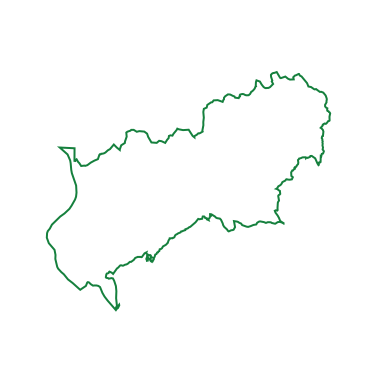 outline of Branisca, Hunedoara, Romania, rotated 78°
{"feature_id": "2599482B69726468396630", "entity_name": "Branisca", "entity_type": "district", "adm_level": 2, "iso_a3": "ROU", "parent_name": "Romania", "parent_adm1": "Hunedoara", "projection": "equal_earth", "projection_center": [22.77, 45.979], "detail": "fine", "context": "isolated", "style": "outline", "palette": "green", "viewbox_px": 384, "rotation_deg": 78, "n_neighbors": 0, "source": "geoboundaries", "source_scale": "gbopen_adm2", "svg_char_len": 5992}
<svg xmlns="http://www.w3.org/2000/svg" viewBox="0 0 384 384"><g transform="rotate(78 192 192)"><path d="M264.4,321.7L261.8,315.3L258.8,313.3L258.5,312.6L259.0,311.6L261.1,310.2L263.0,308.3L263.1,306.9L263.6,304.8L264.4,303.1L265.9,301.7L272.1,300.6L276.1,299.3L280.7,297.1L291.7,291.0L290.5,289.7L290.1,288.6L287.7,286.7L287.1,286.7L288.9,288.7L289.6,290.2L289.3,290.4L287.7,289.1L280.1,288.3L273.3,286.6L268.2,286.0L262.7,286.6L260.1,287.3L259.5,288.7L259.5,291.4L258.9,291.9L258.1,293.7L257.4,294.0L254.7,292.9L254.0,292.1L254.1,291.3L253.8,290.3L252.9,289.7L252.7,289.3L254.3,287.2L255.7,286.2L251.2,281.3L250.6,279.9L249.0,277.7L248.9,276.7L249.7,275.0L249.7,274.4L249.2,272.7L249.2,271.0L248.7,269.5L247.6,267.7L247.4,267.1L247.7,266.2L247.2,265.0L246.2,262.9L244.8,261.4L244.5,260.3L244.2,258.4L244.6,257.2L244.6,256.3L245.2,255.2L245.2,254.6L242.1,251.1L241.6,249.2L242.4,249.7L244.0,248.2L245.0,249.2L245.6,249.2L248.0,250.6L248.5,250.3L249.9,250.4L249.9,249.5L249.0,249.4L248.3,248.7L247.6,248.7L247.8,249.2L247.2,249.2L246.4,248.7L244.9,248.6L244.7,248.1L245.0,246.0L245.6,245.5L246.4,245.9L246.8,245.6L247.8,244.5L248.0,245.0L247.7,246.2L248.8,247.4L250.0,247.0L249.9,246.5L250.1,246.3L250.5,246.8L251.1,246.5L251.0,246.1L251.3,246.4L251.7,246.0L251.0,245.3L250.6,244.4L251.0,244.4L249.6,243.2L248.7,243.1L247.6,242.0L245.6,241.0L245.3,239.7L244.0,238.7L244.0,237.8L243.3,237.4L243.0,236.3L241.3,235.5L241.3,234.4L240.8,233.1L239.2,231.7L238.3,228.7L237.6,227.5L237.0,226.9L236.8,226.3L234.5,225.0L233.5,223.9L232.7,223.5L233.0,222.8L232.8,222.1L233.2,220.8L232.9,220.3L233.0,219.8L232.6,218.7L230.9,217.5L230.2,216.1L230.1,215.3L229.6,214.3L229.1,211.6L228.3,210.8L228.4,209.4L228.1,208.8L227.9,206.5L227.1,206.3L226.7,203.7L225.9,202.2L225.7,200.9L222.4,194.9L219.6,191.5L220.2,190.4L220.3,187.6L218.2,186.6L218.4,185.3L219.0,184.8L220.2,184.5L220.7,183.0L221.2,182.8L221.9,183.1L223.0,181.6L222.1,181.7L221.0,180.2L220.2,179.8L219.2,178.2L218.3,179.2L217.4,178.9L217.9,177.6L220.8,174.6L221.9,174.0L222.8,172.9L223.8,170.3L225.2,169.4L229.1,168.5L230.9,168.4L232.7,167.8L236.1,165.4L237.2,165.1L238.1,164.4L238.1,163.7L237.6,161.8L237.7,159.9L237.5,159.1L235.3,157.2L229.2,157.0L230.3,154.1L230.9,153.1L231.9,152.2L233.1,150.5L234.8,149.8L237.2,145.9L237.8,144.4L237.6,141.9L237.0,138.7L237.1,135.9L235.6,134.6L234.9,132.6L234.9,131.5L236.4,127.9L237.6,126.1L237.3,124.0L238.0,121.2L238.8,120.5L240.2,117.6L240.3,117.0L239.3,114.5L239.5,112.2L240.7,110.2L241.8,109.0L241.5,108.9L239.2,111.3L238.4,111.8L235.5,112.3L232.9,113.1L229.6,114.6L227.6,114.9L227.3,113.7L227.9,112.5L227.5,112.0L225.5,111.7L220.4,110.3L219.7,109.9L218.5,108.7L213.8,108.5L213.1,107.9L212.7,106.7L212.2,106.1L209.2,105.8L208.2,107.0L207.1,107.6L206.4,108.9L206.1,108.0L204.4,106.4L203.6,104.0L202.7,102.8L201.1,101.5L200.2,98.3L199.3,97.4L199.2,96.6L199.7,95.9L200.3,93.9L200.4,91.7L198.5,90.3L196.9,91.5L193.4,90.9L191.8,89.4L192.0,88.9L191.8,88.6L190.9,87.5L190.8,86.8L189.9,86.8L189.9,86.2L189.2,86.1L189.3,85.6L188.7,84.5L188.0,84.2L186.8,82.5L185.4,81.9L182.8,81.7L182.0,80.5L181.6,80.3L181.5,78.3L181.1,76.8L181.6,73.9L182.0,73.5L182.6,73.5L182.3,73.1L182.2,72.5L182.7,71.8L182.2,69.3L181.4,68.7L181.6,67.4L184.7,64.5L190.0,63.4L192.0,62.7L191.8,62.3L189.6,61.8L189.4,61.0L189.7,60.6L189.4,60.0L183.7,58.6L184.1,58.2L181.7,57.1L181.6,55.8L179.7,54.6L178.9,54.7L177.6,55.4L175.7,54.6L173.6,54.7L171.8,54.1L170.5,54.1L169.6,53.6L168.7,53.8L167.5,53.5L166.2,53.9L164.6,53.1L164.5,52.3L160.2,50.9L158.4,51.1L156.7,52.1L156.0,52.8L154.5,50.7L153.4,50.1L153.4,49.5L152.9,49.2L152.6,47.9L153.1,47.2L153.1,46.7L152.1,45.2L151.1,44.3L150.9,42.8L150.5,42.5L147.0,41.9L143.8,40.5L142.8,40.8L142.3,41.4L141.4,41.7L140.9,42.6L139.9,42.8L138.3,42.2L137.1,43.5L135.9,44.0L134.4,43.7L132.3,41.8L130.8,41.5L129.9,41.0L128.5,40.8L125.4,41.2L122.1,42.9L120.9,44.7L120.6,46.2L117.1,49.3L117.2,50.5L116.7,51.3L114.1,53.7L113.0,56.2L109.5,56.8L108.7,57.2L101.8,60.8L100.5,62.3L98.8,62.8L98.7,63.2L99.4,65.8L99.5,67.1L100.8,69.1L103.0,69.1L102.4,72.8L101.2,74.5L98.5,76.7L99.1,81.4L98.6,82.1L92.3,84.2L92.6,86.5L92.5,87.9L92.9,89.2L93.8,90.4L94.2,90.5L95.9,90.7L99.7,90.3L100.4,91.0L103.2,90.2L105.6,93.8L105.9,94.7L106.1,96.0L105.8,96.9L105.8,98.1L105.2,99.2L104.1,100.2L101.2,101.6L98.1,102.6L96.2,105.7L97.8,106.6L101.1,107.5L101.9,107.4L102.1,108.0L103.9,109.2L105.3,111.0L106.1,112.4L106.3,113.2L108.2,114.8L109.1,116.5L108.7,118.8L108.1,119.9L107.0,121.2L106.6,122.5L106.7,124.6L107.3,125.2L108.5,125.2L108.7,125.9L109.9,126.8L108.7,130.2L107.4,130.6L106.3,132.3L105.2,133.6L104.5,134.6L104.0,136.6L105.3,139.7L106.5,141.1L108.0,141.5L108.4,142.1L110.2,143.3L107.5,147.7L106.9,151.8L108.4,153.5L108.3,154.7L110.0,158.9L112.5,160.1L113.1,163.1L116.1,164.3L121.8,165.0L125.9,166.4L129.1,167.0L134.1,169.1L135.1,169.0L136.0,171.7L136.2,172.8L135.9,173.6L137.0,175.4L137.8,177.9L138.2,178.2L139.0,178.3L137.3,179.7L130.4,182.3L129.6,187.9L127.9,191.9L127.0,193.2L128.2,194.2L131.2,198.0L132.8,199.4L132.1,201.3L132.4,202.9L134.5,203.7L135.7,205.4L138.4,208.0L136.0,211.2L135.1,213.5L136.6,216.3L135.1,221.4L129.0,223.4L125.6,223.8L123.0,226.1L121.5,230.9L121.6,233.5L119.1,236.1L118.6,238.5L119.2,239.5L119.6,242.7L120.2,243.9L124.3,244.4L128.6,247.0L130.1,247.5L131.6,251.5L135.0,253.6L135.9,253.9L132.9,256.3L129.3,258.6L133.0,263.3L133.7,265.6L135.4,268.5L135.9,270.2L135.9,272.4L135.7,272.8L136.2,273.6L135.9,274.2L136.4,274.9L140.3,277.2L141.0,280.9L142.2,284.9L144.0,288.8L144.2,291.1L143.8,291.8L143.5,295.0L140.2,296.3L139.0,297.1L136.0,298.1L136.4,299.1L137.4,299.7L137.1,300.5L124.8,297.8L121.0,312.1L129.4,305.9L135.8,304.6L138.6,304.7L145.1,305.5L148.6,305.6L161.6,304.0L168.6,305.1L172.5,306.4L175.1,308.0L180.3,312.6L183.0,315.4L186.5,321.2L188.6,326.0L194.8,335.8L198.3,338.7L200.3,341.2L202.1,342.3L206.5,343.5L212.3,342.7L220.0,338.5L225.2,338.6L229.1,339.6L237.2,339.4L239.1,338.9L243.2,336.5L245.8,334.5L251.7,331.5L256.3,327.6L264.4,321.7Z" fill="none" stroke="#15803d" stroke-width="2"/></g></svg>